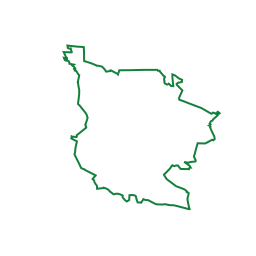 Laidzes pag., Talsi, Latvia (Robinson projection), rotated 27°
{"feature_id": "27541924B38806240468878", "entity_name": "Laidzes pag.", "entity_type": "district", "adm_level": 2, "iso_a3": "LVA", "parent_name": "Latvia", "parent_adm1": "Talsi", "projection": "robinson", "projection_center": [22.64, 57.292], "detail": "fine", "context": "isolated", "style": "outline", "palette": "green", "viewbox_px": 256, "rotation_deg": 27, "n_neighbors": 0, "source": "geoboundaries", "source_scale": "gbopen_adm2", "svg_char_len": 5454}
<svg xmlns="http://www.w3.org/2000/svg" viewBox="0 0 256 256"><g transform="rotate(27 128 128)"><path d="M36.6,82.0L38.0,84.0L39.9,83.9L40.8,83.1L43.5,86.0L43.4,86.2L43.1,86.3L41.4,87.2L40.1,87.7L36.3,89.6L36.6,89.8L37.3,90.4L37.7,90.8L37.8,90.8L38.0,90.9L40.3,92.8L41.7,93.2L42.2,94.0L39.1,94.6L40.8,96.1L41.9,96.2L43.3,95.5L45.4,95.5L46.7,97.4L51.0,96.1L50.6,96.9L50.1,97.6L51.9,98.0L53.6,98.6L53.1,99.5L54.1,99.9L53.7,100.3L54.7,101.0L55.6,100.5L57.1,101.3L59.0,102.6L60.6,103.1L61.4,106.1L62.4,109.6L62.4,109.8L62.6,109.8L63.2,110.9L65.8,114.4L65.9,114.5L67.3,116.3L69.5,120.8L69.7,121.6L71.0,125.0L71.8,127.3L72.2,128.6L72.6,129.1L72.7,129.3L73.4,129.6L74.5,129.8L76.2,130.6L77.0,131.0L79.3,132.0L82.2,133.3L83.7,134.1L85.2,135.0L85.9,135.8L87.3,137.1L87.9,140.0L88.2,142.4L88.2,142.5L88.4,143.7L88.5,143.9L88.6,144.1L89.4,145.3L89.5,145.4L89.4,145.4L89.5,145.5L89.9,146.0L90.4,146.8L90.5,147.0L89.5,149.1L86.9,155.0L85.6,157.7L85.9,158.0L86.3,158.8L86.3,159.0L86.2,159.4L85.8,159.7L85.5,159.9L84.5,160.1L83.8,160.3L83.4,160.5L82.8,161.0L81.6,161.0L81.8,161.5L82.2,163.0L84.8,163.1L85.7,163.1L88.4,163.0L88.6,163.4L89.2,165.5L89.4,166.0L89.6,167.4L90.3,169.6L90.5,170.2L90.7,170.8L91.0,171.5L91.1,171.8L91.4,172.4L91.4,172.6L91.6,173.0L92.1,174.7L92.3,175.8L95.0,177.8L95.5,178.2L100.5,181.9L100.7,182.0L102.7,183.6L102.8,183.7L104.6,185.0L105.6,184.9L107.0,184.8L107.5,184.7L107.5,184.8L109.4,184.9L111.5,184.9L115.4,184.9L120.8,184.9L120.8,185.0L120.6,185.7L120.3,186.4L120.0,187.8L119.7,188.9L119.6,189.4L119.7,189.7L120.3,189.7L120.5,189.7L120.9,189.8L121.2,189.9L121.7,190.3L122.0,190.6L122.2,190.9L123.2,191.8L123.6,192.1L124.1,192.4L125.0,192.8L126.0,193.3L126.3,193.5L126.6,193.7L126.8,194.0L127.0,194.3L127.3,194.9L128.1,196.2L129.8,195.0L133.8,192.4L133.7,192.2L134.4,192.1L135.4,191.9L138.4,191.9L138.8,192.0L139.7,192.3L140.6,192.8L143.8,193.3L144.7,193.6L145.1,193.6L145.4,193.6L145.7,193.4L146.3,192.7L147.2,192.0L148.0,191.6L148.5,191.3L149.1,191.1L151.9,190.6L153.9,190.6L153.9,190.8L154.1,191.2L154.7,192.2L157.7,193.5L158.6,193.7L160.3,194.0L160.6,193.6L161.8,191.5L161.4,190.9L161.0,189.9L159.8,187.2L160.2,186.9L160.7,186.6L162.6,185.6L163.2,185.4L163.6,185.3L164.0,185.2L165.6,185.0L166.5,185.9L167.6,187.2L169.0,188.6L169.9,189.5L170.3,189.9L171.1,189.7L172.0,189.2L172.5,188.8L173.6,188.6L173.9,185.9L174.0,184.4L175.2,184.4L175.6,184.3L176.5,184.1L177.2,183.8L178.0,183.4L178.4,183.3L178.8,183.2L179.1,183.1L179.7,183.1L181.3,183.2L183.2,183.2L184.4,183.2L186.9,183.2L187.3,183.2L188.1,183.0L189.0,182.6L190.1,182.1L191.3,181.6L192.3,181.1L194.3,180.0L195.0,179.5L196.5,178.7L196.7,178.8L197.1,178.7L198.1,178.4L201.2,177.4L201.6,177.2L203.0,176.4L203.4,176.2L206.6,175.4L214.3,173.7L219.3,172.6L219.7,172.3L218.7,171.3L218.3,170.9L215.0,166.8L213.6,165.0L213.6,164.8L213.3,164.4L213.1,164.0L212.8,163.1L212.6,162.0L212.3,160.6L211.8,159.0L211.7,158.5L210.7,158.3L209.5,158.4L209.4,157.8L206.7,157.1L204.7,157.2L200.0,157.7L197.7,158.0L196.0,157.8L185.8,156.0L183.2,154.6L181.4,153.4L181.2,153.2L181.8,151.5L183.6,145.9L184.1,143.2L184.3,142.0L184.2,142.0L184.4,141.1L186.6,141.0L187.5,139.9L189.4,138.7L193.5,140.6L194.5,140.1L196.6,139.1L199.8,137.5L200.9,137.0L200.8,136.9L200.9,135.2L201.8,134.8L200.6,134.0L200.1,133.7L194.1,132.8L193.5,132.7L194.3,132.5L196.6,131.9L197.1,131.7L197.5,131.5L197.9,131.2L198.6,130.3L199.0,130.0L199.7,129.5L202.0,128.1L202.7,127.7L202.8,127.5L203.0,127.4L203.1,127.2L203.3,126.6L202.8,125.9L202.4,125.6L200.0,123.8L199.8,123.6L199.7,123.5L199.6,123.3L199.6,123.0L199.5,122.2L199.4,121.7L199.2,120.6L198.5,117.6L197.0,110.0L203.7,106.8L205.4,104.6L206.0,103.7L205.9,103.7L208.3,100.3L209.5,100.3L210.3,98.6L208.6,96.2L204.5,93.2L202.2,91.3L200.4,89.6L200.6,89.4L199.5,88.9L199.4,88.9L199.5,88.8L199.5,88.2L200.1,87.5L200.1,87.4L199.7,87.1L199.0,87.1L198.7,87.0L198.8,85.1L198.8,84.6L198.9,84.3L199.0,84.1L199.1,83.9L199.7,83.3L199.9,83.1L199.9,82.8L199.9,81.9L199.9,81.6L200.3,80.7L202.1,76.0L202.1,75.8L202.1,75.1L202.2,74.6L202.3,74.3L203.0,73.3L202.8,73.1L200.5,72.8L200.4,73.0L200.4,75.5L198.1,75.5L198.1,75.4L196.6,75.8L196.4,76.8L195.5,77.5L184.6,76.9L183.4,77.0L170.9,78.4L165.4,78.9L163.8,79.1L160.9,79.5L159.8,77.9L159.6,73.5L159.5,72.5L159.4,69.8L155.5,68.6L152.0,67.4L151.8,67.3L151.3,66.7L152.0,65.0L153.2,64.1L154.1,63.3L155.1,62.5L154.3,60.5L150.8,60.7L146.0,59.8L143.2,60.1L143.9,61.4L144.6,62.7L145.2,63.7L149.3,70.1L149.0,70.2L148.3,70.6L147.9,70.7L147.5,70.9L147.2,71.0L146.4,70.7L146.0,70.5L144.7,70.1L144.1,70.1L144.1,70.6L143.7,71.0L143.1,71.6L142.6,71.6L141.8,71.5L140.9,71.6L140.7,71.5L140.4,71.4L140.1,71.3L139.9,71.1L139.7,70.8L139.3,69.7L139.2,69.6L139.1,69.4L138.8,69.3L138.6,69.1L138.3,68.6L137.9,67.8L137.7,67.4L137.7,67.0L137.7,66.8L137.7,66.7L137.9,66.3L137.9,66.1L137.9,65.9L137.7,65.7L137.3,65.5L137.0,65.4L136.7,65.4L136.3,65.4L135.9,65.3L135.5,65.2L135.1,65.1L134.0,64.5L132.9,64.1L131.6,63.5L130.9,63.3L130.1,62.6L128.9,63.4L127.7,62.9L126.3,63.6L122.6,65.5L119.7,67.0L115.6,69.1L115.3,69.2L115.2,69.3L111.3,71.4L103.7,75.5L94.1,80.5L94.7,84.8L94.1,84.5L92.4,84.5L90.4,84.5L86.5,84.4L86.4,84.5L86.6,84.7L86.4,85.3L84.7,86.4L83.6,87.3L82.7,87.7L81.7,87.0L81.2,86.6L78.8,85.7L76.9,85.1L73.1,86.1L71.7,86.7L71.3,86.6L65.9,87.0L58.8,88.2L58.6,88.3L57.7,86.7L56.5,84.5L55.9,83.3L55.6,82.6L53.7,79.2L52.9,77.8L52.9,77.7L52.7,77.5L51.9,76.0L49.1,77.1L47.3,77.9L45.7,78.6L44.6,79.0L39.5,81.0L36.6,82.0Z" fill="none" stroke="#15803d" stroke-width="2"/></g></svg>